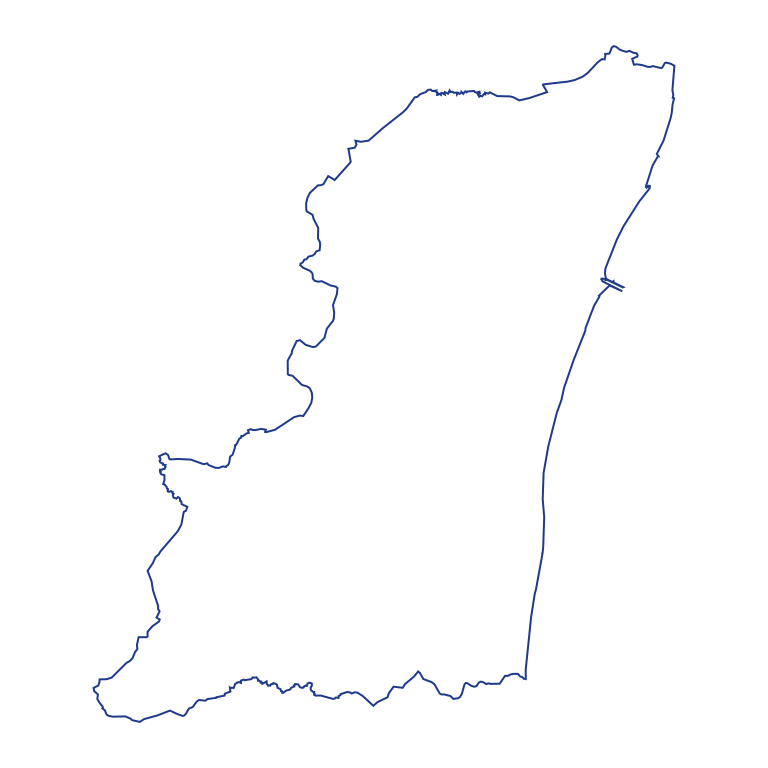 Cha-Am, Phetchaburi, Thailand
{"feature_id": "78962969B57649176029209", "entity_name": "Cha-Am", "entity_type": "district", "adm_level": 2, "iso_a3": "THA", "parent_name": "Thailand", "parent_adm1": "Phetchaburi", "projection": "albers", "projection_center": [99.881, 12.769], "detail": "fine", "context": "isolated", "style": "outline", "palette": "blue", "viewbox_px": 768, "rotation_deg": 0, "n_neighbors": 0, "source": "geoboundaries", "source_scale": "gbopen_adm2", "svg_char_len": 6023}
<svg xmlns="http://www.w3.org/2000/svg" viewBox="0 0 768 768"><path d="M674.4,65.8L670.5,63.6L665.8,62.6L664.8,63.1L662.3,67.5L661.2,68.1L652.6,66.1L650.6,66.9L648.0,66.9L642.2,65.1L637.0,64.3L633.9,64.7L632.2,58.8L637.4,56.5L637.6,55.4L636.7,53.3L633.5,52.8L629.4,50.8L626.7,51.9L623.3,51.0L619.7,49.6L616.1,46.8L613.8,46.1L611.9,47.4L609.4,53.6L605.2,53.9L605.4,55.6L604.6,59.4L601.7,59.2L597.4,62.6L587.8,72.9L582.6,76.7L574.5,80.1L567.8,81.6L543.2,84.4L543.0,85.0L547.1,92.1L529.2,98.1L519.2,100.4L513.7,97.4L510.2,96.4L497.3,96.1L489.7,92.3L488.4,93.6L485.1,92.7L485.2,94.4L483.9,94.0L482.1,96.4L480.7,95.8L479.3,96.8L477.7,94.0L479.0,94.1L479.9,93.5L479.5,91.7L476.4,92.5L474.8,92.0L474.1,91.0L467.8,91.4L466.7,92.3L465.8,91.4L465.0,91.5L463.2,93.8L461.3,91.8L460.9,93.0L459.6,93.9L458.2,92.8L457.0,94.4L456.8,92.6L453.7,92.8L452.7,91.7L450.5,92.0L449.6,90.4L448.1,93.7L444.8,92.0L444.3,92.7L444.8,94.5L441.6,92.9L440.9,93.3L440.9,94.9L438.6,93.6L438.1,94.7L437.1,94.9L437.1,92.1L435.3,91.5L436.0,90.6L432.3,91.1L430.7,89.6L428.0,89.9L425.5,92.2L420.3,94.1L417.2,96.9L414.8,97.3L406.6,108.8L402.9,112.3L383.1,127.9L368.6,140.6L360.9,141.8L355.4,140.7L356.5,144.6L354.7,147.7L348.4,148.8L350.7,161.7L349.8,163.1L334.7,180.0L328.2,176.1L323.4,184.2L320.8,185.2L317.8,185.4L309.8,193.0L307.4,198.0L306.1,203.4L306.3,209.8L306.9,211.5L312.5,214.8L313.6,218.9L318.2,227.9L318.0,238.5L319.8,241.9L320.2,244.3L319.6,250.3L316.2,251.4L314.8,253.9L312.6,255.6L308.5,256.6L306.2,259.4L304.3,259.6L302.9,262.2L300.4,263.9L300.2,265.2L303.4,267.9L309.6,270.6L311.7,272.4L312.6,274.2L312.8,278.5L314.8,280.9L318.3,281.7L321.7,281.2L330.7,285.5L335.7,286.6L337.5,288.2L336.9,294.1L333.0,305.1L334.2,312.7L333.8,318.5L332.9,321.0L326.9,328.6L324.4,337.9L315.9,346.5L313.0,347.1L305.8,344.9L300.0,340.2L296.7,341.0L292.1,350.6L291.7,353.3L287.7,360.6L287.8,374.0L288.5,374.9L292.6,375.8L301.9,384.9L307.5,386.6L309.9,388.4L311.8,392.8L312.3,397.5L311.3,402.7L308.5,408.2L303.3,416.0L299.7,415.6L294.0,417.2L275.0,429.8L265.9,432.2L265.1,431.9L265.8,429.7L261.0,428.9L255.2,430.1L252.5,430.0L250.8,429.2L248.0,430.1L248.8,432.9L246.6,433.4L242.8,436.2L241.4,435.9L241.0,437.7L239.3,438.7L236.2,444.8L235.2,445.0L234.7,448.5L232.6,454.7L230.1,456.6L229.2,462.8L228.0,465.1L226.4,466.0L226.0,467.0L222.9,466.4L219.0,467.9L215.4,467.8L208.5,465.0L207.2,463.4L203.6,464.2L190.8,459.6L178.4,459.0L170.0,459.4L169.2,458.7L168.1,455.0L165.5,453.3L159.2,456.2L160.4,458.8L160.5,459.9L159.6,460.8L160.3,462.5L162.9,463.5L162.8,464.7L165.5,464.9L165.0,466.3L165.5,466.8L164.4,469.0L163.4,468.8L161.9,469.8L160.1,469.6L159.9,470.2L160.0,471.3L160.8,471.9L160.2,472.5L161.2,474.3L164.4,475.1L164.5,479.9L163.2,484.1L164.6,484.5L166.6,486.9L167.0,488.6L168.0,489.1L167.7,491.4L169.0,491.8L170.9,491.1L171.9,492.1L172.6,491.9L172.5,493.1L173.6,493.8L172.8,495.2L173.5,497.6L176.5,498.6L177.9,497.0L179.1,497.7L179.9,498.5L180.1,500.9L181.3,501.3L181.7,504.2L187.3,506.8L186.0,510.7L183.8,511.8L181.3,524.7L177.7,531.3L160.3,551.6L158.8,554.3L155.5,557.2L152.8,563.2L147.6,570.8L151.6,581.5L153.0,590.4L158.1,605.9L158.1,609.2L159.4,610.7L159.5,611.7L156.5,617.5L159.7,619.5L159.0,621.5L152.4,626.2L147.5,631.9L147.6,636.3L146.8,637.2L138.6,637.2L136.9,645.2L137.4,649.0L135.0,652.1L132.5,658.3L129.7,661.1L126.6,662.8L111.7,677.6L106.6,679.2L99.6,679.4L99.5,681.8L98.3,685.5L93.6,687.9L94.2,691.1L97.9,694.4L97.3,699.0L99.9,703.3L102.5,706.3L102.9,707.6L102.4,708.4L104.8,710.2L106.6,714.6L108.8,715.9L112.9,716.7L125.3,716.4L130.5,718.6L132.0,720.1L139.8,721.9L144.1,719.1L157.5,715.4L169.9,710.6L176.8,713.8L182.4,715.9L183.7,715.8L185.7,714.1L188.9,708.6L192.8,707.0L196.6,701.7L198.9,700.0L205.5,700.7L207.4,699.1L216.2,697.8L216.4,697.2L224.6,695.6L224.8,693.7L230.4,691.6L229.9,687.7L230.6,688.3L231.4,687.7L233.7,688.0L235.2,683.8L236.7,683.2L236.9,682.6L239.1,682.1L240.9,682.9L240.9,680.6L243.7,679.6L244.6,680.2L251.4,679.1L252.9,677.3L254.5,677.7L256.4,677.3L258.0,679.4L258.0,680.7L259.3,680.6L260.1,681.7L261.1,681.6L260.9,682.7L262.0,682.8L262.3,683.8L266.6,681.4L266.7,683.7L268.2,685.7L269.1,685.3L270.0,685.8L271.4,684.0L272.7,684.1L273.3,683.1L274.9,683.5L277.0,684.7L277.5,687.8L280.5,689.1L280.9,691.0L282.1,691.3L282.2,692.8L283.3,692.8L286.1,690.6L290.0,689.6L291.3,687.7L294.2,686.5L293.9,685.6L294.6,685.5L294.9,684.1L298.2,684.4L300.0,687.2L302.3,687.9L303.7,687.4L303.8,686.6L305.4,685.6L306.8,686.0L307.5,683.7L309.0,682.7L311.8,683.4L311.9,685.5L310.6,687.7L310.8,689.9L312.8,691.8L314.2,692.0L314.0,693.3L314.7,694.0L314.2,694.8L315.5,695.6L320.6,695.5L333.0,698.9L334.7,698.6L335.8,697.5L338.5,697.9L338.7,696.0L340.4,695.2L340.5,694.2L347.2,692.0L350.3,692.5L351.7,693.5L354.6,692.3L357.3,692.6L362.5,695.8L373.4,705.8L377.5,702.1L387.5,697.3L389.0,693.0L393.6,686.7L402.7,687.8L405.0,684.1L414.0,676.6L418.1,671.5L419.8,672.8L423.3,679.0L431.5,682.1L434.5,684.3L439.7,693.5L441.6,694.5L444.2,694.4L450.6,696.1L453.3,698.9L458.3,698.2L459.9,697.1L461.9,693.8L464.5,684.3L465.8,683.0L467.1,683.1L471.3,685.8L474.0,686.7L476.6,686.1L478.6,682.8L480.5,681.7L482.5,681.9L486.3,684.1L488.4,683.3L490.5,683.9L499.7,683.7L505.0,675.9L507.9,675.9L510.9,674.3L515.0,673.8L518.0,673.9L520.1,676.4L522.7,677.4L523.6,678.7L525.8,679.1L525.7,669.8L531.1,617.1L534.8,593.5L535.9,589.8L542.4,554.2L542.1,553.4L542.6,553.0L543.2,546.9L544.2,517.1L542.7,499.0L543.6,472.9L548.3,446.3L556.8,412.8L561.5,399.7L564.0,388.0L573.8,359.6L585.2,331.0L585.7,327.6L594.2,305.5L599.0,297.3L599.4,296.2L599.0,295.7L609.6,285.4L622.3,291.3L602.8,281.5L601.3,279.4L601.6,278.6L605.5,279.0L606.2,279.5L605.9,280.0L607.1,279.8L622.8,287.4L623.3,287.2L613.5,282.5L613.5,281.2L612.4,282.0L606.0,278.8L604.9,273.1L605.5,268.3L616.9,239.4L623.6,226.1L639.3,201.4L649.7,188.3L649.7,187.6L648.3,186.7L650.6,185.9L648.4,185.8L646.6,187.7L645.8,186.8L652.6,165.5L657.9,156.3L658.5,156.3L656.8,153.9L663.5,140.7L670.6,118.2L671.7,113.1L672.6,104.3L674.1,98.3L672.7,97.8L673.3,95.1L672.4,90.2L674.4,65.8Z" fill="none" stroke="#1e3a8a" stroke-width="2"/></svg>